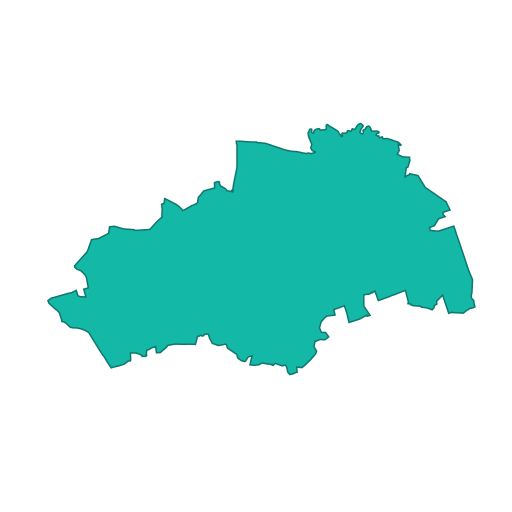 Lutriņu pag., Saldus, Latvia, rotated 173°
{"feature_id": "27541924B57809969281457", "entity_name": "Lutriņu pag.", "entity_type": "district", "adm_level": 2, "iso_a3": "LVA", "parent_name": "Latvia", "parent_adm1": "Saldus", "projection": "mercator", "projection_center": [22.327, 56.738], "detail": "fine", "context": "isolated", "style": "filled", "palette": "teal", "viewbox_px": 512, "rotation_deg": 173, "n_neighbors": 0, "source": "geoboundaries", "source_scale": "gbopen_adm2", "svg_char_len": 6062}
<svg xmlns="http://www.w3.org/2000/svg" viewBox="0 0 512 512"><g transform="rotate(173 256 256)"><path d="M71.7,175.6L68.6,176.3L68.6,176.0L63.0,175.1L57.1,174.0L53.5,176.4L52.7,176.6L50.1,177.8L49.6,178.0L47.0,178.1L44.9,178.8L45.4,182.4L45.3,182.8L45.4,183.9L45.3,185.2L45.5,185.7L46.7,186.9L47.3,188.7L47.3,189.5L47.1,190.0L47.2,191.0L46.6,191.8L46.2,193.3L44.9,200.5L44.0,206.3L46.7,215.9L52.4,244.2L54.8,255.1L54.7,255.2L56.0,261.6L69.5,258.9L71.7,258.5L73.9,258.8L79.9,260.1L80.3,263.2L75.3,264.3L70.2,270.7L63.5,272.0L65.0,274.0L65.3,275.7L64.9,276.5L64.7,276.6L57.8,278.0L60.2,284.8L60.6,286.5L79.7,303.5L85.4,316.1L93.4,318.9L93.5,318.6L93.8,318.2L96.6,317.2L98.4,316.3L96.1,325.3L94.4,325.7L92.0,331.1L91.6,332.1L91.7,334.3L91.8,334.9L91.6,335.3L98.3,336.5L103.4,339.7L101.0,343.2L101.2,349.4L99.2,348.1L98.5,348.6L100.6,351.3L101.6,352.0L104.8,353.4L107.1,354.7L111.8,356.7L115.6,356.8L116.1,358.9L119.2,358.3L119.5,359.8L119.5,360.2L119.9,360.1L120.6,360.3L121.4,360.7L122.0,361.2L121.9,362.0L121.6,362.5L121.3,362.7L120.2,362.8L119.2,363.2L118.8,363.9L118.9,364.2L119.1,364.5L120.3,365.1L121.7,365.4L123.6,365.5L125.7,365.9L126.2,366.1L126.4,366.4L126.4,368.0L127.3,370.4L128.1,371.1L128.5,371.3L128.9,371.3L130.4,370.8L132.0,368.9L132.9,368.1L133.5,368.1L133.5,367.9L134.2,367.8L134.4,367.7L134.6,367.3L134.2,366.3L134.3,365.8L134.6,364.8L135.3,364.3L135.9,364.3L136.4,364.6L137.6,365.6L137.8,365.9L137.8,366.4L136.1,369.4L134.7,370.8L133.9,371.6L133.7,372.1L134.1,373.0L135.8,374.6L136.2,374.7L137.0,374.6L138.1,374.2L139.4,373.3L140.4,372.2L141.8,370.2L142.5,369.7L143.1,369.8L144.8,370.5L145.1,370.4L145.3,370.1L145.8,369.1L146.0,368.6L146.3,368.4L146.8,368.3L147.6,368.4L148.6,369.1L149.3,369.3L149.9,369.0L150.3,368.6L150.5,368.3L150.5,367.9L150.7,367.3L151.1,367.1L151.7,367.0L152.8,367.2L154.2,367.2L155.0,367.5L155.3,367.5L155.7,367.2L155.8,366.7L155.8,365.9L155.5,364.7L155.7,364.3L156.0,364.1L156.5,364.1L156.8,364.2L157.4,366.0L158.6,367.3L158.8,367.8L159.1,368.9L159.6,370.0L163.5,373.2L165.8,374.9L167.1,376.0L168.3,376.6L168.5,377.4L168.8,377.7L169.6,377.8L170.3,377.2L170.6,376.1L170.6,375.2L170.6,374.4L170.8,373.6L171.2,373.2L171.7,373.0L172.8,372.9L176.9,373.2L177.2,374.1L177.9,374.7L179.0,374.8L181.0,374.4L182.4,373.8L183.3,372.8L183.7,371.7L184.1,370.9L184.7,370.9L185.2,371.3L185.5,371.8L185.7,372.9L185.4,373.6L185.2,374.7L185.3,375.1L186.2,375.4L187.3,375.1L188.4,373.1L189.2,372.0L189.4,371.5L189.2,368.0L187.9,363.1L187.5,361.8L187.1,360.4L187.2,359.6L188.5,356.6L188.0,355.2L187.4,353.8L184.4,352.0L184.9,351.4L187.4,351.2L189.2,350.9L189.9,351.4L192.1,351.9L193.1,351.5L198.1,352.9L199.2,353.5L200.5,353.8L203.0,354.7L208.1,355.6L214.4,357.8L232.0,366.3L233.7,366.9L239.9,368.2L241.8,368.7L241.7,369.1L246.8,369.7L255.9,371.5L261.6,372.4L261.7,369.8L261.3,369.3L262.3,360.4L264.0,346.9L264.7,344.4L268.6,332.7L269.8,329.0L270.6,326.0L271.1,322.4L271.7,322.5L271.1,324.8L273.0,323.3L273.5,323.2L276.6,324.3L278.4,326.8L282.7,329.9L283.4,332.4L283.2,333.2L283.4,334.0L284.8,334.6L288.3,333.9L288.8,328.6L299.9,327.0L303.3,323.6L306.0,321.3L306.1,321.0L307.7,315.8L311.1,314.4L313.9,313.8L315.9,312.8L317.5,312.2L323.0,309.9L324.3,311.9L326.0,314.1L327.7,315.8L329.2,317.1L331.1,318.4L339.5,324.2L339.8,323.6L340.9,319.2L342.9,319.1L343.4,318.8L343.3,314.9L344.6,306.5L344.3,306.2L348.0,303.8L352.2,300.5L358.1,295.3L373.0,296.1L373.8,297.0L384.1,299.0L393.0,302.8L397.8,302.8L399.5,296.5L401.7,295.6L410.5,292.4L414.8,292.5L415.1,292.3L417.2,292.3L421.7,283.3L423.1,280.8L437.3,268.3L437.3,266.9L435.5,264.8L431.7,262.8L428.6,259.0L427.7,257.7L427.8,257.6L427.2,256.2L427.0,255.3L426.7,252.6L426.7,250.6L426.3,244.9L429.0,244.3L431.0,244.1L429.9,236.1L435.2,237.0L436.1,237.4L437.6,238.2L438.6,243.8L443.7,242.0L446.9,241.8L464.7,239.0L468.0,237.0L467.5,235.5L467.4,234.6L461.2,227.2L460.9,227.2L458.1,223.8L457.0,218.0L456.5,215.4L456.8,214.8L454.2,213.7L452.4,211.9L448.9,207.8L445.9,206.9L442.8,206.5L438.7,205.1L434.7,203.0L431.4,200.5L423.1,182.4L421.1,178.3L419.7,175.5L419.1,174.7L416.9,169.8L413.4,162.6L411.6,163.0L405.1,163.7L399.9,164.8L395.4,167.4L393.4,167.2L393.0,168.3L392.8,171.5L392.4,174.5L392.4,175.1L386.8,174.3L382.6,172.2L380.8,170.3L380.9,170.2L377.6,169.8L376.7,170.7L377.1,170.8L376.0,175.8L373.8,176.2L372.0,176.9L371.5,177.4L370.6,177.5L369.3,178.0L368.9,177.8L367.7,177.9L367.5,178.3L366.5,178.2L366.6,177.4L366.6,172.1L365.7,172.0L362.7,171.8L355.5,176.7L355.1,177.9L347.5,178.5L338.1,177.1L332.9,176.6L328.2,175.9L326.9,175.6L323.8,183.4L323.5,183.3L322.0,183.5L320.4,184.0L320.0,184.0L319.1,183.0L318.8,183.0L317.9,183.3L316.3,184.6L313.1,184.3L312.8,184.2L312.6,183.9L312.7,183.7L312.2,180.5L310.0,174.6L304.2,171.7L297.0,172.2L296.6,172.1L296.2,171.7L295.7,168.6L295.4,167.9L287.3,160.9L287.0,160.5L286.7,158.0L286.4,156.7L283.3,153.9L280.2,152.7L279.6,152.7L278.8,153.4L276.0,156.8L275.8,156.9L272.7,157.2L272.1,157.4L275.3,148.7L271.5,147.8L266.4,147.7L263.3,149.0L253.0,146.2L253.2,145.7L252.4,145.3L250.1,147.1L243.9,144.0L242.9,143.7L241.1,144.3L240.4,143.9L239.5,143.1L239.2,142.4L239.0,141.3L238.7,137.6L238.5,136.6L237.6,135.2L236.8,134.2L234.6,134.6L234.5,134.4L232.4,134.9L231.8,135.2L229.4,135.6L229.1,140.8L223.9,139.6L220.6,141.8L214.8,146.1L208.7,151.7L207.5,154.1L208.4,156.5L208.6,156.5L209.5,159.1L207.8,164.2L206.9,164.0L204.8,164.7L202.5,165.3L198.4,164.5L196.9,164.9L193.7,166.9L196.3,171.7L200.5,172.2L201.7,177.0L199.8,181.7L198.8,183.2L196.7,185.0L195.4,186.4L194.5,186.9L192.9,187.7L192.9,187.8L184.8,187.7L184.7,187.9L185.4,193.3L174.3,195.8L172.7,187.4L171.8,178.7L160.7,180.8L153.3,183.8L153.1,182.6L150.0,183.2L155.1,193.1L154.6,196.8L154.6,197.0L153.8,204.2L153.6,204.4L147.9,204.4L146.0,205.9L145.4,205.1L142.2,206.7L140.0,196.8L127.8,199.7L125.8,200.3L123.9,200.6L114.4,203.1L111.8,203.5L111.3,198.9L110.9,196.4L110.4,191.6L111.0,190.2L108.4,189.5L108.5,188.8L105.6,187.4L99.1,186.2L98.0,185.0L93.7,184.0L91.8,183.3L87.7,181.1L85.7,182.9L85.1,185.0L82.3,186.2L82.3,189.1L75.5,194.3L71.7,175.6Z" fill="#14b8a6" stroke="#0f766e" stroke-width="1.5"/></g></svg>